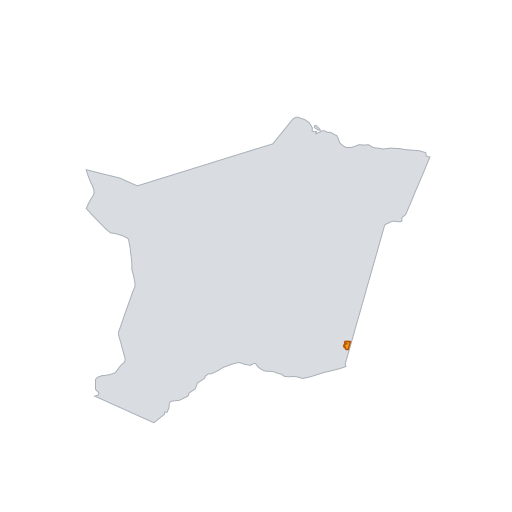 location of Kuria West, Nyanza, Kenya, rotated 253°
{"feature_id": "3690345B86494009793520", "entity_name": "Kuria West", "entity_type": "district", "adm_level": 2, "iso_a3": "KEN", "parent_name": "Kenya", "parent_adm1": "Nyanza", "projection": "natural_earth1", "projection_center": [34.539, -1.202], "detail": "fine", "context": "in_parent", "style": "filled", "palette": "amber", "viewbox_px": 512, "rotation_deg": 253, "n_neighbors": 0, "source": "geoboundaries", "source_scale": "gbopen_adm2", "svg_char_len": 4148}
<svg xmlns="http://www.w3.org/2000/svg" viewBox="0 0 512 512"><g transform="rotate(253 256 256)"><path d="M124.0,309.7L123.8,303.2L124.7,286.6L124.6,272.0L125.3,264.7L128.4,260.0L129.8,256.7L130.9,252.0L132.5,248.1L136.2,245.0L136.9,243.3L140.8,238.1L143.1,231.4L144.9,229.1L147.1,227.0L148.7,225.9L151.2,224.8L153.2,224.2L153.6,223.6L153.8,222.6L153.1,218.4L154.0,217.0L155.3,214.3L156.9,211.7L158.3,210.0L159.1,208.4L159.5,205.4L159.6,203.4L159.5,200.0L159.1,192.3L157.4,185.9L156.4,178.7L157.2,176.3L155.8,172.1L155.2,171.9L154.1,170.9L152.8,167.0L151.8,163.3L151.1,162.4L146.7,159.2L144.5,151.8L142.0,150.1L140.7,142.7L140.4,140.5L141.8,133.1L141.7,131.4L140.2,129.9L136.0,128.3L132.6,125.2L133.1,124.1L133.3,123.0L131.5,122.3L126.4,109.6L133.0,102.0L139.8,94.2L148.4,84.5L156.2,75.5L163.1,67.7L169.1,60.8L169.0,62.1L169.0,63.9L169.8,65.0L171.0,65.7L172.8,64.9L174.3,63.9L175.8,63.6L184.9,66.5L186.4,69.0L186.4,71.7L186.7,73.7L186.1,75.7L185.3,81.6L185.5,87.1L188.3,91.1L190.7,94.3L192.7,98.7L194.1,100.1L196.1,100.8L202.4,101.0L211.7,101.3L220.6,101.5L221.4,101.7L223.3,102.3L231.6,108.3L239.1,113.8L245.5,118.6L251.7,123.2L257.8,127.7L262.4,131.5L267.1,132.6L274.5,133.2L279.7,133.4L284.5,134.9L291.6,136.4L297.0,137.2L300.2,138.0L309.1,138.9L310.6,138.4L314.5,134.2L318.9,127.5L320.6,123.7L326.3,120.0L336.2,114.9L343.3,111.2L351.1,107.6L354.7,110.7L359.6,115.8L361.8,118.3L363.5,119.5L366.2,120.2L369.5,120.2L371.2,120.1L374.8,119.4L383.3,118.8L388.2,118.9L384.1,125.6L379.2,133.7L370.3,148.6L363.4,156.5L358.3,162.4L357.8,163.5L357.8,170.1L357.9,186.2L358.0,218.5L358.2,250.8L358.3,283.1L358.3,299.3L358.3,304.7L362.9,311.5L367.3,318.1L373.2,326.9L376.3,331.6L376.8,333.2L376.7,336.3L371.8,342.9L367.9,345.9L362.5,347.3L361.0,347.0L358.9,346.1L358.0,347.7L357.4,350.1L356.2,349.6L355.4,348.9L355.9,353.2L356.4,355.4L355.6,358.3L353.0,360.9L352.8,363.0L347.2,368.7L339.3,369.3L335.1,372.1L333.2,374.4L331.8,379.4L332.3,387.0L330.1,392.9L329.7,395.9L325.6,399.7L323.7,403.3L322.4,406.8L321.2,408.4L319.8,416.4L317.9,421.3L317.4,422.9L316.9,424.4L315.4,427.2L314.5,429.2L313.8,430.5L308.9,443.0L305.1,448.6L302.2,448.0L300.2,450.1L300.0,451.2L298.9,450.6L296.5,448.5L291.4,444.3L286.3,440.1L281.2,435.8L276.2,431.6L271.1,427.3L266.0,423.1L260.9,418.9L255.9,414.6L252.9,412.2L251.6,410.7L250.5,407.8L250.0,407.0L248.7,406.1L247.1,405.9L246.6,405.4L246.6,403.9L247.2,401.9L249.1,398.0L249.3,395.7L248.9,393.1L248.3,389.0L247.8,388.0L244.5,385.9L237.4,381.3L230.3,376.7L223.3,372.2L216.2,367.6L209.2,363.1L202.1,358.5L195.1,353.9L188.0,349.4L180.9,344.8L173.9,340.3L166.8,335.7L159.8,331.1L152.7,326.6L145.6,322.0L138.6,317.5L131.5,312.9L128.9,311.2L126.5,309.7L124.0,309.7ZM358.8,354.0L357.6,354.4L358.2,352.2L361.9,349.4L363.3,350.0L363.6,350.7L363.5,351.2L362.9,351.8L358.8,354.0Z" fill="#d9dde1" stroke="#a8b0b8" stroke-width="1"/><path d="M144.9,313.7L144.7,313.6L144.4,313.7L144.2,313.6L144.1,313.8L144.0,313.7L143.9,313.7L144.0,313.8L143.9,313.9L143.8,314.0L143.7,314.0L143.4,314.2L143.2,314.3L143.1,314.5L142.9,314.6L142.9,314.4L142.7,314.4L142.4,314.3L142.1,314.4L141.9,314.5L141.7,314.5L141.5,314.4L141.4,314.5L141.2,314.5L140.9,314.6L140.7,314.6L140.4,314.8L140.1,315.1L140.1,315.3L139.9,315.8L139.8,316.1L139.8,316.4L139.8,316.5L139.7,316.6L139.6,316.8L139.9,317.0L141.2,317.9L141.9,318.3L142.3,318.5L142.7,318.8L143.3,319.2L144.2,319.7L145.3,320.5L145.5,320.7L146.5,321.2L146.6,320.9L146.8,320.7L146.8,320.4L146.8,320.2L146.9,319.9L146.9,319.7L147.0,319.7L147.1,319.4L147.3,319.3L147.2,319.2L147.3,319.0L147.4,318.9L147.4,318.7L147.3,318.4L147.5,318.1L147.8,317.8L147.8,317.7L148.0,317.5L148.0,317.4L148.1,317.2L148.1,316.9L148.1,316.7L148.2,316.4L148.2,316.2L148.1,315.9L147.8,315.7L147.7,315.6L147.4,315.5L147.2,315.5L147.1,315.4L146.9,315.4L146.8,315.5L146.7,315.6L146.4,315.6L146.3,315.8L146.2,316.0L146.1,316.3L146.1,316.5L145.9,316.6L145.9,316.8L145.7,317.0L145.6,316.9L145.7,316.7L145.6,316.4L145.6,316.2L145.5,315.9L145.5,315.6L145.4,315.4L145.5,315.3L145.6,315.2L145.6,314.9L145.4,314.7L145.2,314.5L145.2,314.4L145.1,314.2L145.0,313.9L144.9,313.8L144.9,313.7Z" fill="#f59e0b" stroke="#b45309" stroke-width="1.5"/></g></svg>